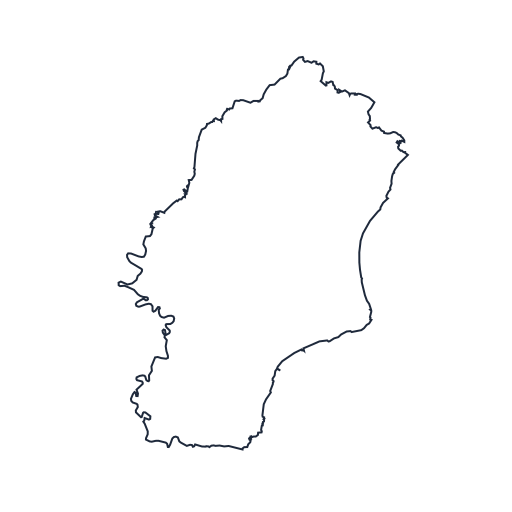 Tuban, Jawa Timur, Indonesia, rotated 101°
{"feature_id": "22746128B21203406788524", "entity_name": "Tuban", "entity_type": "district", "adm_level": 2, "iso_a3": "IDN", "parent_name": "Indonesia", "parent_adm1": "Jawa Timur", "projection": "albers", "projection_center": [111.881, -6.959], "detail": "fine", "context": "isolated", "style": "outline", "palette": "slate", "viewbox_px": 512, "rotation_deg": 101, "n_neighbors": 0, "source": "geoboundaries", "source_scale": "gbopen_adm2", "svg_char_len": 6097}
<svg xmlns="http://www.w3.org/2000/svg" viewBox="0 0 512 512"><g transform="rotate(101 256 256)"><path d="M84.2,270.5L85.7,275.2L90.6,277.6L95.8,279.3L99.8,279.6L102.5,281.7L103.5,281.8L104.0,283.2L103.4,283.5L104.3,288.1L106.6,290.7L105.5,298.3L105.9,300.9L107.0,302.2L107.3,305.2L108.2,306.4L115.5,307.3L116.3,310.0L117.3,310.3L116.9,313.2L117.3,312.6L118.7,312.3L120.9,314.2L125.2,315.7L127.8,315.1L128.4,316.4L130.2,316.0L129.5,316.8L129.4,319.3L128.4,321.8L130.1,323.6L131.6,323.1L131.7,324.1L132.8,324.5L133.1,325.6L135.1,327.7L135.7,329.3L137.1,329.2L139.8,330.2L142.3,333.4L150.3,334.7L153.2,334.4L154.4,335.2L156.2,335.3L158.6,334.8L167.2,334.9L180.5,333.4L181.8,333.7L182.6,332.5L185.1,332.6L187.0,331.8L189.0,331.9L193.6,333.8L194.3,336.5L196.9,335.4L200.5,335.7L200.0,336.7L200.7,337.1L201.3,336.9L201.3,335.9L205.5,335.8L205.4,337.3L204.3,339.2L204.8,339.8L206.0,339.1L207.3,336.6L207.6,337.1L208.3,336.3L208.7,337.1L208.9,336.6L210.0,337.3L211.8,336.9L211.6,337.9L212.2,338.9L214.6,340.0L215.0,342.2L217.1,343.4L216.7,344.4L220.1,347.4L229.9,354.2L231.1,354.2L230.3,358.6L231.3,361.1L232.2,359.8L233.4,359.9L233.6,361.8L232.9,362.5L234.2,362.5L234.3,363.3L233.5,363.9L235.4,363.0L236.4,360.1L237.5,363.1L238.6,363.0L237.6,361.8L238.3,361.5L240.4,363.7L244.0,365.5L244.0,364.5L245.4,365.4L245.8,364.6L247.2,364.7L246.8,364.1L247.6,364.2L247.9,363.5L247.3,362.8L247.6,361.8L248.7,362.6L254.6,362.8L256.7,363.9L257.9,367.9L263.0,368.8L266.1,368.8L269.6,365.7L272.0,364.9L275.7,365.0L278.1,365.9L278.8,368.0L278.8,371.2L277.4,379.1L277.8,382.0L279.5,382.8L281.8,382.2L285.2,379.3L286.4,377.5L290.6,365.8L291.3,365.2L292.9,365.1L295.4,366.1L298.1,368.3L302.2,368.7L306.5,372.3L308.5,376.7L306.9,383.8L308.4,385.8L310.9,385.2L311.5,383.6L310.3,379.4L311.0,375.6L312.5,369.3L316.1,364.7L317.2,362.2L317.7,359.2L317.4,355.2L317.9,354.2L319.2,353.8L320.2,354.6L320.5,355.8L319.6,357.6L319.7,358.8L324.2,364.1L326.1,364.8L327.7,364.0L328.2,361.9L327.9,360.6L324.6,355.2L323.3,352.1L323.3,350.0L325.1,348.0L329.5,347.1L330.2,345.9L329.0,344.4L324.8,342.4L324.7,341.0L325.8,340.4L327.5,341.2L330.8,340.2L333.0,338.7L333.9,337.1L334.1,334.5L331.6,330.8L330.8,327.8L331.2,325.5L332.9,324.4L335.7,324.4L337.5,325.4L339.1,327.1L340.0,331.1L341.0,331.5L343.0,330.4L345.6,326.5L347.0,326.1L348.4,326.5L350.5,329.0L349.8,329.8L346.1,331.2L345.8,332.6L347.1,333.5L349.0,332.8L351.4,330.3L353.3,330.3L355.6,327.5L361.8,327.4L366.4,325.8L370.8,323.4L372.8,323.0L374.0,324.6L374.3,329.6L373.9,333.2L374.8,335.7L384.4,337.6L388.6,336.3L393.5,338.3L398.5,337.1L399.4,337.5L399.4,338.6L398.7,340.0L395.5,341.7L394.8,342.6L394.8,344.5L395.9,347.3L397.9,350.0L399.5,350.0L400.6,349.1L400.9,344.0L401.8,343.1L403.1,342.8L410.0,347.8L413.6,345.6L416.1,345.5L416.3,346.8L413.2,348.1L412.7,349.3L415.2,350.5L420.1,351.5L422.0,350.8L423.3,349.1L423.9,344.9L424.5,344.0L426.8,343.2L430.5,344.5L432.4,344.0L436.2,338.1L435.9,337.5L431.4,336.9L430.8,336.3L430.7,334.7L433.5,329.1L436.1,328.8L437.0,329.9L436.3,334.4L439.0,334.3L440.1,335.0L441.8,333.3L448.8,328.8L451.7,328.3L455.8,329.2L457.2,329.0L458.3,325.0L458.2,322.9L456.6,319.3L456.0,316.3L456.4,308.9L457.3,307.4L460.3,306.1L460.2,305.2L457.6,304.3L451.1,303.3L449.4,302.1L448.6,300.3L449.0,298.1L452.6,295.9L453.5,294.2L455.6,287.7L453.9,284.7L453.8,282.8L455.3,281.5L454.6,280.4L452.6,279.8L453.3,272.7L452.7,268.9L452.2,268.6L452.0,266.2L452.5,265.3L450.7,263.6L450.0,261.4L450.1,259.5L449.0,255.6L449.0,250.9L447.7,246.6L448.5,232.3L447.4,232.4L445.9,231.1L445.2,228.1L442.3,227.7L439.9,226.1L438.1,226.1L437.6,227.3L436.4,228.0L435.7,227.5L436.0,226.2L434.2,226.9L433.8,226.1L434.5,225.2L433.7,223.9L433.3,221.8L431.3,220.0L429.0,220.2L428.1,216.9L426.9,216.9L425.8,217.8L422.9,217.9L421.3,217.9L421.0,217.1L419.9,217.5L420.1,216.5L419.6,217.2L417.6,217.5L416.9,216.6L415.1,216.8L414.8,217.4L413.8,216.8L413.5,217.3L412.8,217.3L412.5,218.8L411.2,219.3L400.0,220.1L394.8,218.8L387.1,215.4L385.8,216.3L378.4,215.0L377.2,215.3L376.1,214.8L375.4,214.9L374.8,216.0L373.2,216.3L369.9,214.9L365.3,215.1L362.7,213.9L363.8,210.3L362.3,213.9L360.4,213.5L354.3,210.2L343.9,199.9L339.1,193.6L340.4,192.4L339.7,192.6L339.8,192.0L339.1,191.8L339.7,190.9L337.6,191.8L327.7,177.4L325.3,170.0L326.1,168.5L325.6,167.4L322.0,163.7L319.9,159.7L316.8,157.5L312.8,152.6L311.7,148.9L312.4,147.6L308.7,138.5L306.3,136.2L302.5,134.2L300.7,132.1L296.7,130.5L296.5,131.8L294.8,131.8L294.2,132.5L288.8,132.2L287.7,132.4L286.9,133.7L286.4,133.0L281.4,135.8L278.7,138.6L273.7,141.6L261.7,147.1L259.0,147.8L257.9,147.6L257.0,148.6L249.6,151.3L242.7,153.3L232.7,155.3L221.1,156.2L213.4,155.3L199.8,150.8L189.1,144.8L186.6,142.9L184.5,143.0L179.6,141.4L174.3,137.5L173.7,138.9L172.1,139.5L167.5,138.2L165.1,136.7L163.5,137.4L159.2,136.7L156.5,137.4L151.9,137.6L149.4,137.4L148.0,136.3L147.5,136.9L144.3,136.0L139.5,133.7L139.2,134.0L127.8,126.2L126.0,129.9L125.6,129.8L125.9,131.0L124.7,133.0L125.1,134.0L123.3,136.8L121.7,137.4L120.4,136.7L119.0,137.0L117.7,139.6L116.4,139.1L117.8,136.1L117.4,135.7L116.2,137.0L115.6,136.9L115.5,135.2L115.0,135.0L115.7,132.2L114.2,132.5L111.9,134.7L110.9,136.6L110.0,137.0L109.6,139.5L108.4,141.4L108.0,143.1L108.1,145.0L110.0,147.7L110.7,150.0L110.8,153.7L109.5,154.1L109.0,156.8L106.3,159.8L107.1,160.7L106.7,162.7L108.8,166.0L107.0,168.4L105.7,168.5L103.5,171.5L101.3,169.9L100.6,170.5L99.9,170.2L96.9,171.0L95.5,172.5L92.9,173.7L88.7,171.2L82.5,169.1L78.9,175.4L77.1,184.3L77.2,186.6L77.8,188.0L78.5,187.9L78.8,189.8L77.6,189.9L78.3,193.6L78.9,194.5L80.3,194.8L78.4,195.9L76.4,200.3L78.2,203.0L77.2,205.5L78.9,204.6L80.0,205.9L79.9,207.2L77.6,207.5L76.6,210.4L74.8,210.9L73.6,211.9L73.5,212.7L70.5,214.0L70.3,215.7L72.3,218.1L72.0,220.0L75.1,219.4L75.4,220.0L72.0,225.9L70.5,225.2L63.8,225.2L61.8,224.7L57.0,226.6L54.8,229.9L56.0,231.0L55.7,233.5L53.8,233.8L53.9,236.6L55.7,238.4L54.8,242.5L56.1,245.0L54.4,247.2L53.0,247.1L51.7,248.1L53.0,251.7L57.9,255.6L62.2,257.5L62.6,258.7L64.1,259.6L64.7,259.5L64.4,258.7L66.6,259.2L66.9,260.2L71.0,260.0L73.7,261.0L76.4,263.8L77.3,265.9L84.2,270.5Z" fill="none" stroke="#1e293b" stroke-width="2"/></g></svg>